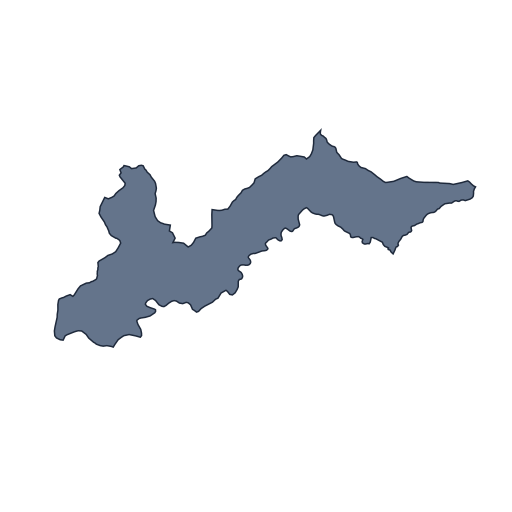 Dala, Chhukha, Bhutan (orthographic projection), rotated 119°
{"feature_id": "84629894B52773490471005", "entity_name": "Dala", "entity_type": "district", "adm_level": 2, "iso_a3": "BTN", "parent_name": "Bhutan", "parent_adm1": "Chhukha", "projection": "orthographic", "projection_center": [89.612, 26.815], "detail": "fine", "context": "isolated", "style": "filled", "palette": "slate", "viewbox_px": 512, "rotation_deg": 119, "n_neighbors": 0, "source": "geoboundaries", "source_scale": "gbopen_adm2", "svg_char_len": 6148}
<svg xmlns="http://www.w3.org/2000/svg" viewBox="0 0 512 512"><g transform="rotate(119 256 256)"><path d="M89.1,97.5L89.2,99.8L88.6,102.6L87.8,105.1L87.6,107.2L91.9,111.5L97.8,118.2L98.8,121.8L103.1,130.6L103.3,132.2L110.2,144.9L113.4,151.8L113.9,154.5L113.7,160.1L113.3,162.6L118.1,167.1L123.9,171.7L128.1,177.1L129.0,178.6L129.0,181.0L128.4,184.4L128.0,188.5L127.4,191.3L126.6,196.2L126.8,199.7L126.5,202.6L127.7,207.2L127.2,209.7L126.3,211.6L125.0,212.8L125.0,213.7L126.7,216.1L128.6,221.4L128.8,224.2L129.3,227.6L129.2,228.1L129.2,228.6L127.2,232.4L126.2,235.6L123.1,238.4L122.5,239.6L122.5,240.9L122.9,242.1L123.0,243.6L122.8,244.6L122.8,245.7L122.0,248.7L121.3,249.6L120.5,250.2L119.4,251.6L119.2,252.1L119.0,253.5L118.5,255.5L118.7,257.0L118.2,258.6L117.9,259.0L116.4,259.8L114.7,260.4L121.7,262.3L124.4,262.8L127.4,261.4L129.5,260.2L135.7,257.7L139.8,257.1L143.0,257.2L146.7,258.9L146.0,261.8L147.1,265.0L148.5,268.9L151.1,271.7L152.5,273.7L152.7,276.1L152.7,278.7L154.4,280.4L157.8,281.0L163.3,282.5L170.2,285.6L172.7,286.1L175.5,286.9L177.7,288.2L180.1,289.3L182.7,290.2L185.2,292.0L188.9,294.1L192.9,293.2L195.5,293.8L199.2,294.9L201.0,296.4L202.8,298.3L205.1,299.7L207.9,299.7L211.7,300.8L213.9,301.2L216.5,301.2L218.2,302.1L220.3,302.8L225.0,302.8L228.7,303.4L230.2,305.9L232.5,308.0L233.9,310.0L234.8,311.8L236.7,316.9L241.2,314.7L250.8,309.2L252.9,308.2L257.3,309.3L259.8,310.3L262.4,310.4L264.8,312.4L266.4,314.3L269.6,317.3L274.3,317.2L277.9,317.8L281.0,319.7L279.9,325.5L281.6,330.1L283.5,333.8L284.6,335.2L279.6,335.4L276.2,340.3L276.1,343.9L270.5,345.9L272.6,351.7L272.7,353.1L273.2,355.6L272.8,359.2L270.5,363.3L265.8,367.7L260.2,368.7L256.9,369.8L253.8,371.4L250.3,374.5L247.5,375.1L245.0,376.0L241.3,379.0L239.8,380.9L237.7,386.0L236.3,388.1L235.4,391.9L234.2,393.9L233.9,395.4L231.8,398.4L232.2,400.2L233.9,402.3L237.1,403.5L239.9,407.2L239.4,410.0L240.2,413.0L240.9,415.3L242.3,415.2L246.4,417.0L248.7,414.3L251.6,414.7L252.8,413.1L255.8,405.7L258.0,404.9L260.8,405.4L265.2,407.5L269.3,408.9L272.3,409.2L274.6,410.5L277.6,412.9L278.1,416.7L288.4,416.2L291.7,414.8L294.8,413.9L297.1,410.4L299.8,405.0L301.6,402.8L302.9,400.2L303.9,399.0L305.4,397.0L307.2,395.3L308.3,392.5L308.4,387.2L308.0,386.4L308.3,383.3L308.6,382.5L310.3,380.6L315.9,380.5L320.3,380.8L323.9,382.7L327.3,385.8L330.7,387.3L336.5,390.8L338.4,391.1L341.7,388.8L343.2,388.5L344.2,387.8L346.3,387.4L347.7,386.6L348.7,386.2L349.9,385.2L353.1,384.4L353.9,384.5L357.3,386.5L358.3,387.6L360.1,388.6L362.0,391.3L367.2,395.0L370.7,395.7L378.3,396.1L380.1,396.6L379.9,399.8L383.1,402.6L385.6,404.2L386.6,405.3L388.9,407.2L390.5,407.2L394.4,405.8L399.4,403.0L403.3,401.6L406.0,400.2L415.4,397.4L419.3,396.0L423.3,393.3L424.4,390.8L424.2,386.7L423.1,383.9L418.4,384.2L416.6,383.2L410.6,378.3L408.9,376.7L407.5,375.2L406.1,372.1L406.9,366.5L408.9,362.5L410.2,356.1L410.1,355.1L410.5,352.9L409.9,348.8L408.9,345.9L406.7,343.0L405.2,338.6L404.9,336.7L401.9,336.6L396.1,336.0L392.7,334.5L389.8,333.0L386.2,328.9L384.2,322.5L383.1,317.8L381.1,317.5L379.0,318.7L376.1,321.2L373.0,326.2L370.6,328.8L369.6,328.9L367.3,327.9L366.0,326.6L363.4,323.2L359.8,319.6L354.7,317.0L353.0,317.0L351.7,317.9L351.7,319.2L352.5,323.5L352.9,327.2L351.8,329.4L350.5,329.7L347.6,329.3L344.9,327.6L343.3,325.7L343.6,322.3L345.7,317.3L345.6,313.8L344.9,312.0L342.8,310.7L339.6,309.5L336.5,307.8L334.7,306.0L334.0,303.8L334.3,300.2L333.2,297.0L330.4,294.6L329.8,292.7L330.4,289.6L333.4,285.7L333.5,283.6L333.9,280.8L332.3,279.4L328.6,278.5L324.7,276.5L317.5,271.7L313.4,270.4L311.3,268.8L305.3,268.6L300.6,265.7L300.5,265.2L301.1,263.1L302.3,260.4L301.5,257.8L298.3,256.4L294.4,256.3L291.6,256.6L286.6,259.3L284.6,259.2L283.5,257.9L282.8,257.5L281.4,257.5L280.5,257.7L279.7,258.2L278.7,259.2L277.7,260.9L277.5,261.7L277.4,263.5L277.1,264.6L276.7,265.3L275.4,265.8L274.4,265.8L272.8,265.5L271.9,265.2L270.8,264.3L269.7,262.4L269.1,260.6L268.1,258.9L267.2,258.0L266.1,257.6L265.4,257.4L264.6,257.5L263.9,257.7L263.0,258.4L262.2,259.4L261.4,261.4L260.8,262.2L260.1,262.4L258.8,262.2L256.9,261.4L255.0,259.5L254.6,258.6L254.0,257.8L250.8,255.0L249.2,253.7L248.4,252.8L247.1,250.9L246.0,249.7L244.8,249.2L243.9,249.1L243.4,249.6L241.8,252.9L240.6,253.8L239.7,253.8L238.3,253.3L236.0,252.8L233.5,250.7L232.2,250.0L230.7,248.1L230.4,247.4L231.2,244.7L231.2,242.6L230.8,241.7L230.3,241.2L228.9,241.1L227.1,242.6L226.3,243.7L224.7,244.8L223.0,245.4L220.5,245.2L219.2,244.9L217.9,244.4L217.2,243.6L217.2,241.8L217.7,238.3L217.4,236.9L217.0,236.3L216.5,236.0L213.7,235.7L213.2,235.4L211.7,234.0L210.0,232.9L209.2,232.7L207.6,232.9L203.3,237.0L200.7,238.5L199.2,238.9L193.3,237.6L191.6,236.9L189.3,235.4L189.3,234.0L190.8,229.2L190.9,228.3L190.9,227.1L190.5,224.6L190.1,223.3L189.2,221.5L188.9,219.9L188.7,217.9L188.4,216.6L188.1,215.9L186.0,213.6L185.1,212.9L183.9,211.9L183.0,209.5L183.1,208.7L183.7,207.7L184.2,207.1L188.0,203.8L189.1,202.6L189.6,201.2L189.9,198.9L189.7,195.9L190.4,193.0L191.0,191.5L191.2,190.4L190.9,184.9L191.8,183.6L193.3,182.5L193.4,181.5L192.9,180.2L190.7,177.8L189.4,175.8L189.3,174.6L189.7,172.9L189.5,172.0L189.6,170.6L191.9,170.2L192.9,169.3L193.0,167.2L192.7,166.4L190.8,164.1L190.5,163.0L188.5,162.8L184.0,164.2L183.1,162.6L183.2,160.8L182.8,159.6L182.7,152.1L184.3,150.2L185.1,148.0L184.7,144.6L184.8,143.9L185.8,144.0L186.2,143.4L185.8,141.7L187.0,139.9L187.7,137.1L182.9,137.4L182.5,137.6L180.5,137.8L179.9,137.7L179.2,136.9L177.4,136.7L176.8,137.6L176.3,137.8L175.5,138.0L174.1,138.1L171.5,137.6L167.9,137.6L166.4,136.9L165.6,135.8L163.9,134.4L161.7,134.0L161.0,133.7L160.1,132.5L159.3,132.2L158.3,132.2L156.1,134.1L155.4,134.3L154.5,134.1L154.0,133.8L152.9,132.5L152.5,132.1L150.2,130.9L148.9,129.7L147.6,128.8L146.0,127.0L145.0,126.7L143.4,127.3L142.5,127.5L141.5,127.5L137.8,126.9L136.3,126.4L135.1,125.6L133.9,124.6L133.0,123.6L131.8,121.8L130.8,121.0L129.3,120.4L127.0,120.0L125.8,118.8L122.9,118.2L118.8,116.2L116.0,112.6L114.9,110.6L111.9,109.1L110.9,108.2L110.5,107.4L110.3,106.1L109.8,104.9L107.7,103.7L106.5,102.0L106.1,99.8L102.4,96.3L100.1,95.1L98.3,95.0L95.7,96.1L94.0,97.1L91.3,97.6L89.1,97.5Z" fill="#64748b" stroke="#1e293b" stroke-width="1.5"/></g></svg>